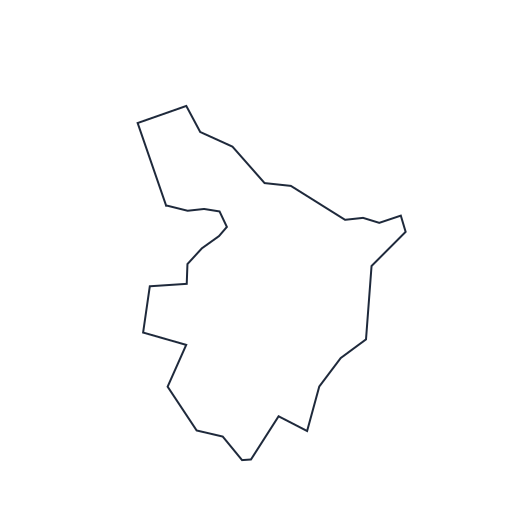 the District of Belfast, rotated 238°
{"feature_id": "GBR-2082", "entity_name": "Belfast", "entity_type": "District", "adm_level": 1, "iso_a3": "GBR", "parent_name": "United Kingdom", "parent_adm1": "", "projection": "mercator", "projection_center": [-5.941, 54.602], "detail": "fine", "context": "isolated", "style": "outline", "palette": "slate", "viewbox_px": 512, "rotation_deg": 238, "n_neighbors": 0, "source": "natural_earth", "source_scale": "10m", "svg_char_len": 607}
<svg xmlns="http://www.w3.org/2000/svg" viewBox="0 0 512 512"><g transform="rotate(238 256 256)"><path d="M286.6,149.9L269.1,182.5L285.5,193.6L291.2,214.2L292.5,235.2L296.1,246.7L313.1,248.7L323.4,236.9L330.6,222.0L345.6,207.5L346.3,206.4L347.3,206.7L431.5,226.1L420.2,276.4L390.7,274.4L361.2,294.0L313.3,301.9L297.0,322.7L239.5,350.7L231.6,367.0L218.8,378.1L213.5,400.2L197.2,395.7L186.3,348.7L127.0,305.1L124.6,273.8L111.8,240.5L80.5,206.6L108.1,190.2L86.1,143.9L90.3,136.0L120.5,132.1L139.5,113.2L192.0,111.8L217.6,149.7L250.9,119.7L286.6,149.9Z" fill="none" stroke="#1e293b" stroke-width="2"/></g></svg>